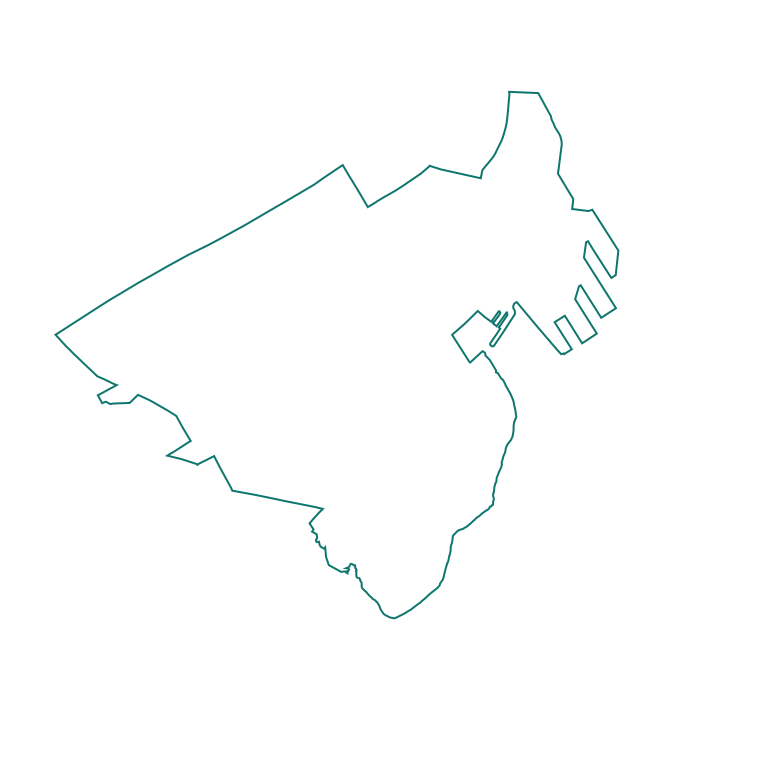 Comuna 1, Ciudad de Buenos Aires, Argentina (Robinson projection), rotated 63°
{"feature_id": "61730980B33319795319357", "entity_name": "Comuna 1", "entity_type": "district", "adm_level": 2, "iso_a3": "ARG", "parent_name": "Argentina", "parent_adm1": "Ciudad de Buenos Aires", "projection": "robinson", "projection_center": [-58.363, -34.606], "detail": "fine", "context": "isolated", "style": "outline", "palette": "teal", "viewbox_px": 768, "rotation_deg": 63, "n_neighbors": 0, "source": "geoboundaries", "source_scale": "gbopen_adm2", "svg_char_len": 6165}
<svg xmlns="http://www.w3.org/2000/svg" viewBox="0 0 768 768"><g transform="rotate(63 384 384)"><path d="M323.3,119.3L322.8,123.2L313.5,136.9L305.2,131.4L275.6,133.5L251.3,116.9L249.6,116.1L248.2,115.6L246.9,115.2L245.5,114.9L244.1,114.6L242.7,114.4L241.3,114.4L239.8,114.4L238.4,114.5L237.0,114.7L233.5,115.0L231.7,115.0L229.9,114.8L228.1,114.6L226.4,114.7L225.0,114.6L223.6,114.4L222.7,114.2L221.3,113.7L194.8,114.5L180.5,139.9L181.4,140.2L182.5,140.6L183.3,141.0L184.3,141.6L188.8,144.5L197.8,150.1L202.3,153.0L206.7,155.9L211.1,159.5L214.6,162.7L218.2,166.2L220.8,169.1L226.1,176.2L229.2,180.3L231.4,183.9L233.5,188.6L238.0,199.1L243.8,203.8L244.6,204.3L243.3,206.0L218.6,235.9L210.8,243.8L210.3,244.3L210.6,244.6L213.3,255.7L215.4,272.3L215.7,274.2L216.9,285.7L217.4,295.3L217.4,297.6L218.1,307.4L218.4,309.4L219.0,318.1L210.3,318.6L197.9,319.4L181.3,320.7L170.2,321.4L171.7,334.0L173.1,345.4L174.6,355.4L176.0,377.9L176.7,389.0L178.0,413.4L179.2,433.8L179.4,437.6L179.6,445.2L180.1,460.8L180.4,474.7L180.4,477.8L180.1,500.2L180.4,509.4L180.8,523.2L181.8,544.4L182.3,556.5L182.5,559.3L184.4,588.0L185.2,597.1L191.0,654.3L205.4,650.3L212.7,647.9L215.8,646.9L221.8,644.8L230.7,641.7L247.0,635.9L253.2,630.8L260.3,625.5L263.6,622.7L264.0,637.2L264.2,644.1L273.1,643.8L273.4,640.9L273.5,639.9L277.2,637.3L278.2,635.8L278.1,635.4L278.5,634.1L285.4,619.3L282.0,608.1L292.6,599.8L309.9,588.5L318.1,583.6L332.3,583.1L347.0,582.1L347.1,583.8L349.1,603.2L349.0,605.1L349.5,609.6L351.1,607.7L359.2,598.3L370.1,587.4L371.3,586.9L371.0,586.5L371.1,570.8L371.1,568.1L383.0,568.1L407.4,567.4L410.2,567.6L424.3,549.1L433.3,537.8L444.2,524.3L453.0,513.1L463.8,499.4L464.7,498.8L465.5,497.6L467.5,495.2L469.0,499.8L471.5,506.6L474.4,513.6L481.5,512.8L482.9,515.1L483.0,515.0L487.4,512.2L490.9,513.5L492.1,515.5L492.3,515.6L494.1,515.8L495.1,513.5L497.9,514.4L500.3,514.3L504.0,511.8L503.2,511.5L502.8,510.6L512.0,514.2L520.3,515.4L531.9,507.5L532.4,506.3L533.0,504.5L533.9,503.6L534.7,503.3L536.1,502.5L535.1,501.8L534.3,501.9L534.0,502.0L534.3,500.6L533.7,499.5L533.0,499.3L531.9,499.8L531.6,500.5L530.9,501.5L530.9,500.9L531.3,499.8L531.1,498.3L530.5,497.2L529.6,496.2L529.3,495.8L529.3,494.9L530.4,493.9L531.2,493.5L531.9,493.1L532.2,492.2L532.6,492.1L533.8,492.7L534.4,493.1L535.1,493.2L535.5,492.9L537.3,492.9L537.7,493.8L538.3,494.0L538.9,493.8L540.8,495.1L541.6,495.3L542.6,495.8L543.5,496.0L544.2,495.8L545.1,495.2L545.7,494.3L546.6,494.0L548.6,494.4L550.9,494.2L552.9,495.1L553.9,495.7L555.0,496.0L557.0,496.0L557.9,495.4L558.6,495.3L560.0,494.8L561.6,494.1L562.3,494.1L563.3,493.8L565.2,493.3L566.7,492.9L567.8,492.4L569.2,491.8L570.4,491.6L571.3,491.0L572.2,490.4L573.2,489.9L573.9,489.8L574.9,489.5L575.6,489.1L577.0,489.1L578.3,488.9L580.0,488.9L581.6,489.2L582.7,489.3L584.0,489.3L586.5,489.0L587.8,488.9L588.7,488.7L590.9,487.6L592.4,486.3L593.9,485.3L594.8,484.5L596.4,482.7L597.4,481.2L597.6,480.3L597.7,479.1L597.7,477.8L597.8,476.5L597.7,475.1L597.8,474.7L597.8,473.5L597.7,469.1L597.7,468.1L597.4,466.3L597.3,463.2L597.0,461.4L596.1,456.5L595.6,453.9L595.5,452.8L595.4,451.7L594.3,447.7L594.1,446.5L593.8,445.4L593.5,444.0L592.5,440.9L591.6,437.3L591.2,435.1L590.0,429.2L589.6,428.0L589.2,427.1L588.7,425.9L587.9,425.1L587.2,424.5L585.7,421.7L584.8,420.2L584.0,419.3L579.2,415.3L577.6,413.8L576.1,412.5L573.2,409.8L572.6,409.3L572.1,408.4L571.6,407.8L570.8,407.1L570.0,406.3L569.0,405.6L568.0,404.7L567.1,404.0L566.5,403.7L566.3,403.3L565.8,402.7L563.4,400.8L562.7,400.3L561.2,399.5L559.9,398.7L558.0,397.3L556.5,395.7L553.1,393.1L551.9,392.4L551.1,392.0L550.5,391.2L550.0,390.4L549.5,388.3L548.8,386.7L548.5,385.2L548.1,384.0L548.4,383.2L548.5,382.3L548.5,381.2L548.8,380.3L548.9,379.9L549.0,379.2L548.8,378.3L548.7,377.5L548.7,377.0L548.8,376.3L548.4,373.7L548.0,372.0L547.8,371.4L547.6,370.1L546.5,366.5L546.0,364.5L545.4,363.0L545.0,360.9L545.0,359.5L543.9,355.5L543.7,354.1L543.5,352.7L543.2,351.4L543.2,350.2L543.1,348.5L542.6,346.6L541.7,345.8L541.5,344.7L541.7,344.0L541.1,343.3L541.0,342.9L541.2,342.2L541.1,341.8L540.0,341.1L539.1,340.7L538.0,339.8L537.4,339.0L536.6,338.5L535.7,338.2L534.4,337.8L534.0,337.7L533.4,337.7L532.2,336.9L531.2,336.5L530.3,335.1L529.3,334.7L528.4,333.9L526.4,332.8L524.4,331.0L523.7,330.5L522.8,329.2L520.9,327.4L519.4,326.7L518.7,326.1L518.3,325.7L517.6,324.7L516.8,323.9L515.2,322.1L514.7,321.7L513.8,320.5L513.2,319.6L512.6,319.0L511.9,318.0L511.4,317.4L510.6,316.7L510.0,316.1L509.1,315.4L507.8,315.0L506.8,314.3L506.2,313.6L505.6,313.0L504.8,312.4L504.0,311.7L502.5,310.3L501.2,308.8L500.2,307.4L499.6,306.8L498.6,306.1L497.5,305.4L495.3,303.3L494.1,301.7L493.0,299.6L491.8,297.0L491.4,296.0L490.5,295.1L489.3,293.5L487.1,291.7L484.1,289.6L480.2,287.5L479.0,286.8L478.3,286.2L477.4,285.7L476.8,285.2L476.4,284.7L476.0,283.9L475.3,283.3L474.7,282.8L474.5,282.1L473.9,281.5L473.0,280.8L471.2,280.4L468.7,279.4L466.1,278.6L461.4,277.5L459.0,276.7L456.4,276.2L449.3,275.8L445.4,276.1L444.1,276.0L443.2,276.1L441.7,276.3L437.9,276.0L435.2,276.1L433.4,276.4L432.3,277.1L426.1,277.6L425.8,277.7L425.2,278.4L424.5,279.0L422.9,278.0L411.0,278.8L410.1,279.0L404.5,280.7L403.6,280.2L402.3,279.9L401.7,280.0L400.6,280.6L399.5,281.3L404.0,297.5L403.0,297.9L371.2,301.0L370.9,300.3L366.8,284.0L361.5,267.3L370.1,263.8L377.1,260.3L377.1,259.9L371.4,248.9L371.4,248.5L371.6,248.1L373.5,248.1L374.8,249.9L378.7,257.7L378.4,257.9L379.3,259.4L383.7,257.4L375.9,242.3L376.0,241.9L376.5,241.9L378.7,243.0L385.0,254.4L384.9,254.6L385.7,256.0L387.4,255.3L390.5,260.7L395.7,270.4L396.5,271.3L396.8,271.5L397.3,271.5L398.0,271.4L399.5,270.7L399.9,269.8L400.0,269.3L399.9,268.7L392.1,254.5L381.5,236.2L381.2,235.9L380.9,235.4L379.7,234.9L377.8,234.2L376.4,234.3L374.8,234.2L374.3,234.1L373.2,233.3L372.1,232.3L371.6,231.5L371.2,229.6L371.4,228.5L403.3,221.2L432.2,214.2L436.8,212.9L437.9,212.6L438.1,211.6L438.4,210.2L438.5,209.8L439.2,209.8L438.3,200.9L406.4,203.9L405.3,191.9L437.7,189.0L435.7,171.5L395.2,175.2L385.4,165.8L385.4,163.9L386.6,163.8L423.6,160.4L421.8,142.9L362.2,148.5L349.5,139.6L349.4,137.4L358.6,136.7L392.1,133.4L392.7,133.2L392.2,128.1L371.5,114.6L323.3,119.3Z" fill="none" stroke="#0f766e" stroke-width="2"/></g></svg>